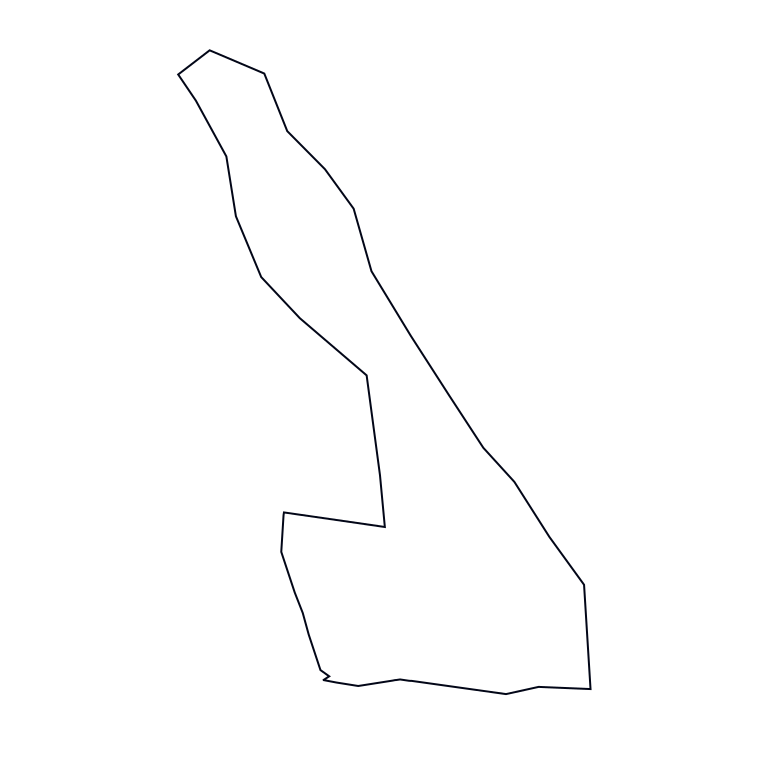 Avaza, Balkan, Turkmenistan (Mercator projection), rotated 189°
{"feature_id": "10190150B47051626377462", "entity_name": "Avaza", "entity_type": "district", "adm_level": 2, "iso_a3": "TKM", "parent_name": "Turkmenistan", "parent_adm1": "Balkan", "projection": "mercator", "projection_center": [52.922, 39.907], "detail": "fine", "context": "isolated", "style": "outline", "palette": "ink", "viewbox_px": 768, "rotation_deg": 189, "n_neighbors": 0, "source": "geoboundaries", "source_scale": "gbopen_adm2", "svg_char_len": 681}
<svg xmlns="http://www.w3.org/2000/svg" viewBox="0 0 768 768"><g transform="rotate(189 384 384)"><path d="M182.3,109.2L132.3,115.0L155.0,217.0L196.7,258.8L239.9,307.7L275.9,336.5L317.6,382.6L365.1,435.8L414.0,493.4L441.4,552.4L475.9,586.9L519.1,618.6L550.8,671.9L608.4,686.3L635.7,657.5L614.1,634.4L575.3,584.1L556.5,526.5L522.0,470.4L477.4,435.8L402.5,389.8L373.7,293.3L360.8,242.9L462.7,241.5L462.7,238.8L459.2,202.1L439.5,164.0L428.4,145.1L419.2,124.8L402.0,91.5L392.4,86.7L397.3,82.3L397.2,82.1L384.1,81.7L362.2,81.7L329.1,92.4L326.7,93.3L326.0,93.4L321.9,94.7L312.6,94.8L310.2,95.1L215.0,96.8L183.7,109.1L182.3,109.2Z" fill="none" stroke="#020617" stroke-width="2"/></g></svg>